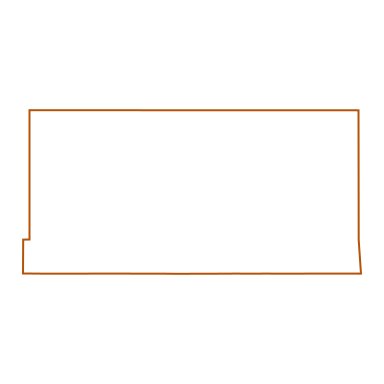 Deuel, Nebraska, United States of America
{"feature_id": "52423323B45543435698504", "entity_name": "Deuel", "entity_type": "district", "adm_level": 2, "iso_a3": "USA", "parent_name": "United States of America", "parent_adm1": "Nebraska", "projection": "natural_earth1", "projection_center": [-102.339, 41.112], "detail": "fine", "context": "isolated", "style": "outline", "palette": "amber", "viewbox_px": 384, "rotation_deg": 0, "n_neighbors": 0, "source": "geoboundaries", "source_scale": "gbopen_adm2", "svg_char_len": 478}
<svg xmlns="http://www.w3.org/2000/svg" viewBox="0 0 384 384"><path d="M358.5,110.3L29.5,110.2L29.5,239.5L23.2,239.6L23.0,273.5L48.2,273.7L49.9,273.7L50.1,273.7L55.7,273.7L61.2,273.7L102.0,273.6L112.4,273.6L113.1,273.6L166.3,273.7L175.6,273.8L217.8,273.7L218.0,273.7L218.7,273.7L230.2,273.7L232.7,273.6L254.0,273.7L265.7,273.6L267.4,273.6L278.2,273.7L317.5,273.6L349.8,273.6L361.0,273.6L360.9,272.5L358.7,240.0L358.5,110.3Z" fill="none" stroke="#b45309" stroke-width="2"/></svg>